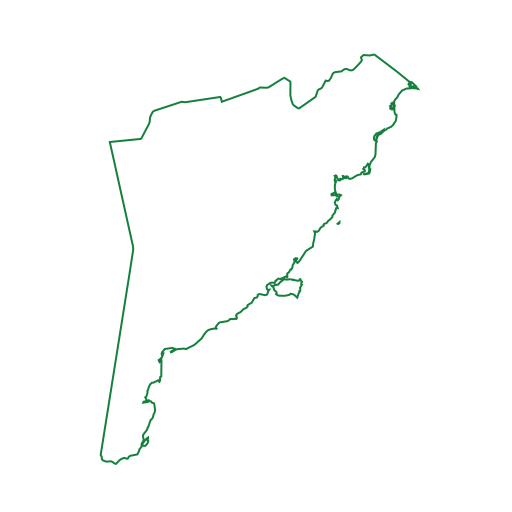 map outline of Sonora (Albers equal-area conic projection), rotated 258°
{"feature_id": "MEX-2712", "entity_name": "Sonora", "entity_type": "State", "adm_level": 1, "iso_a3": "MEX", "parent_name": "Mexico", "parent_adm1": "", "projection": "albers", "projection_center": [-111.078, 29.368], "detail": "fine", "context": "isolated", "style": "outline", "palette": "green", "viewbox_px": 512, "rotation_deg": 258, "n_neighbors": 0, "source": "natural_earth", "source_scale": "10m", "svg_char_len": 6119}
<svg xmlns="http://www.w3.org/2000/svg" viewBox="0 0 512 512"><g transform="rotate(258 256 256)"><path d="M93.7,62.7L265.0,128.6L288.0,137.3L291.2,137.7L397.9,136.7L394.5,167.4L394.7,168.2L407.6,178.9L409.5,180.0L413.2,181.0L415.8,182.7L418.3,184.8L419.2,186.6L422.3,215.3L421.1,218.8L419.0,254.1L417.7,254.5L414.0,254.6L419.1,292.5L420.0,294.9L418.3,301.6L418.3,303.2L423.8,318.3L424.4,320.8L419.8,325.5L419.1,325.9L406.1,323.0L401.0,323.0L396.8,323.6L395.9,324.0L392.9,326.7L391.9,327.7L391.4,328.8L399.3,347.4L405.2,350.9L405.8,351.9L406.4,354.6L407.1,355.7L413.1,360.6L412.3,362.1L412.3,363.9L414.7,366.4L418.3,368.9L418.9,369.7L419.4,371.8L418.8,377.8L420.1,380.8L420.4,382.6L419.9,383.9L418.1,386.5L417.7,388.0L417.8,389.4L419.2,392.0L424.2,399.1L425.6,400.3L428.5,400.0L430.2,402.9L428.5,409.0L428.5,413.0L428.2,413.9L406.8,432.4L394.5,442.3L394.1,443.3L393.1,441.4L391.5,440.5L392.3,441.7L390.0,441.4L388.5,443.2L388.0,443.3L387.8,442.4L388.5,438.1L387.5,433.3L384.2,429.0L381.8,427.2L380.2,424.8L378.5,423.3L375.3,422.6L374.9,422.1L375.5,422.0L377.8,422.7L377.5,421.6L377.1,421.4L377.4,420.8L377.1,420.1L375.3,420.0L374.8,418.4L373.5,419.3L373.2,418.2L372.3,417.9L371.1,419.4L371.0,420.1L372.7,420.6L372.9,421.0L372.6,421.8L374.3,422.5L374.2,423.0L372.2,422.1L368.2,421.4L365.8,421.6L365.0,422.2L364.9,422.8L363.3,422.5L359.2,420.9L355.7,417.3L354.3,415.1L353.4,410.8L352.6,409.5L351.6,406.7L349.3,403.1L349.5,402.5L351.6,405.7L352.7,406.5L351.3,403.1L350.8,399.3L348.9,396.9L347.2,395.9L345.4,395.7L344.2,396.4L342.9,398.0L341.3,396.7L330.5,394.0L327.9,392.6L324.2,388.1L321.7,386.3L320.8,385.8L318.9,385.3L317.7,385.4L317.6,384.8L322.3,385.2L323.0,384.6L320.5,382.0L320.0,381.2L320.3,380.1L319.6,379.8L318.9,379.0L317.2,380.3L316.1,380.0L315.7,376.5L314.1,375.6L314.0,371.8L311.9,365.9L311.9,363.9L312.4,362.9L314.5,362.2L315.1,361.4L315.0,360.4L314.3,360.2L313.6,360.7L313.2,361.4L313.6,359.4L313.9,358.9L315.9,358.3L316.2,357.6L314.3,357.5L313.4,357.0L313.2,356.1L313.9,354.7L313.1,354.5L312.6,354.1L312.5,353.4L312.8,352.6L313.5,353.3L313.8,353.0L314.0,351.8L317.6,351.4L318.3,350.8L318.0,349.6L316.9,350.1L313.8,348.7L312.4,348.8L313.1,349.5L312.8,349.8L312.0,349.6L309.5,348.1L305.6,347.1L301.8,347.1L299.8,347.6L299.8,347.2L302.0,346.3L301.4,344.9L301.0,342.9L300.3,342.5L299.7,342.6L299.4,343.2L299.2,345.9L297.5,348.0L298.3,347.9L298.8,348.1L299.0,348.7L298.8,350.3L297.8,351.8L296.1,349.3L294.6,348.9L293.5,347.6L295.0,346.8L292.9,344.8L291.7,344.1L289.4,344.6L288.4,345.8L285.9,345.9L286.5,344.9L286.0,344.2L285.2,343.8L284.7,343.8L283.9,342.9L282.3,342.5L279.7,339.2L278.0,338.7L277.4,337.4L276.4,336.3L275.4,334.0L273.6,332.0L273.2,329.3L272.7,328.6L271.5,328.5L270.3,325.1L267.9,322.9L267.2,321.9L266.9,320.6L267.7,319.2L268.0,318.1L266.1,318.5L260.0,316.3L256.6,314.6L253.4,313.6L250.6,306.0L242.1,297.5L240.6,295.3L240.8,294.9L241.4,294.9L243.5,293.8L244.5,295.5L245.0,295.8L245.3,295.5L245.6,294.3L244.9,292.5L241.9,292.5L239.6,290.1L236.3,288.8L236.0,287.6L235.3,287.3L235.4,286.7L233.4,285.0L232.3,282.9L229.0,282.3L228.8,281.9L229.8,281.0L228.8,277.4L228.7,275.9L228.0,275.7L229.2,273.5L229.1,272.9L228.5,271.6L227.6,270.6L227.8,270.0L225.9,268.7L226.6,266.2L226.8,264.7L225.3,260.9L224.0,259.9L221.3,259.9L220.4,260.5L220.3,262.0L219.0,260.6L216.1,259.0L215.7,257.0L218.0,251.7L218.0,250.3L217.5,249.5L216.4,249.3L215.2,248.2L215.2,245.7L211.3,242.2L209.8,237.8L209.3,237.2L208.4,237.3L207.4,235.9L206.6,232.7L204.4,229.3L203.4,225.7L202.8,224.8L201.9,224.2L201.5,224.5L200.7,224.1L199.6,224.5L198.7,224.0L198.5,223.2L199.1,222.1L198.9,221.0L199.7,217.7L198.2,214.9L198.6,207.1L198.1,205.5L195.7,202.6L194.7,201.9L193.8,201.8L193.3,202.3L193.0,201.9L193.7,200.7L193.8,196.3L193.4,193.8L192.6,192.1L190.3,189.2L186.6,185.6L181.8,177.1L180.1,170.3L179.4,168.3L180.4,166.4L181.2,160.2L181.1,158.1L179.5,153.7L179.5,152.8L180.0,152.7L180.3,153.3L181.6,157.3L182.0,157.5L183.5,155.0L184.0,147.3L182.9,146.3L181.8,144.5L180.4,143.5L178.9,143.4L179.0,143.9L180.4,144.7L180.2,145.2L176.3,142.9L175.7,141.5L175.0,140.8L174.4,139.1L172.2,139.6L172.8,140.6L174.6,141.7L173.9,141.9L157.9,138.3L157.4,137.0L154.1,136.3L153.0,135.3L153.4,135.0L154.3,135.2L154.8,134.7L153.5,129.6L153.6,127.7L152.4,125.7L149.6,123.6L147.3,122.5L146.4,121.6L144.9,121.5L141.2,119.4L140.8,118.3L137.9,119.1L136.9,118.1L136.8,115.7L136.0,115.2L135.7,119.9L136.0,120.4L136.8,120.3L137.2,121.1L136.6,121.4L135.7,122.4L135.5,123.2L134.3,123.6L133.0,125.7L126.2,125.3L123.7,124.1L122.5,123.0L119.6,121.6L117.7,119.7L117.6,118.9L112.2,115.6L111.4,115.4L110.7,114.3L109.0,113.6L104.5,108.4L103.5,108.0L99.2,107.9L96.1,105.1L93.2,104.4L91.2,101.8L89.5,101.0L86.6,98.7L86.7,91.2L85.9,89.7L84.5,88.5L84.5,87.5L85.7,85.7L85.9,84.4L85.4,82.0L84.6,80.0L81.8,75.9L82.0,75.1L85.0,72.1L85.5,70.8L85.8,67.6L86.3,66.2L88.1,63.6L89.2,63.0L91.9,63.3L93.7,62.7ZM223.1,294.4L221.2,295.7L220.3,294.7L219.3,294.6L218.5,295.0L218.1,294.1L217.3,294.0L215.7,292.4L215.0,292.6L212.8,292.0L212.8,291.2L211.3,290.9L211.2,290.3L208.4,288.7L207.7,288.0L207.1,288.1L206.6,287.7L209.7,285.6L210.9,284.2L211.9,281.8L211.1,280.6L211.0,278.1L211.2,275.4L212.3,270.6L213.2,268.9L214.6,267.7L215.4,268.5L216.6,268.5L218.7,266.8L222.0,266.5L223.2,265.3L223.9,265.0L223.0,266.4L223.2,267.4L223.9,268.4L223.4,270.1L223.7,270.8L223.4,271.7L225.4,274.3L227.5,278.9L226.5,281.0L226.4,283.0L225.7,286.1L224.8,287.0L225.1,287.8L224.2,289.0L223.0,292.1L223.2,293.4L223.8,293.7L224.2,294.4L223.7,294.7L223.1,294.4ZM94.1,105.4L95.7,105.8L97.9,108.0L100.0,110.7L100.8,112.6L99.5,112.3L98.7,111.3L97.5,112.2L95.1,110.8L93.3,108.3L94.1,105.4ZM389.1,447.6L389.3,443.3L389.8,442.7L390.9,442.7L392.7,443.4L393.1,444.8L389.1,447.6ZM313.2,383.7L313.2,379.7L313.8,377.6L313.5,380.0L313.8,382.8L314.8,384.0L317.2,384.8L317.0,385.7L314.1,384.6L313.2,383.7ZM343.8,397.7L345.3,397.9L347.1,398.7L348.6,399.8L349.7,401.7L349.3,401.7L348.0,400.0L346.8,399.0L343.8,397.7ZM385.7,449.3L386.9,446.8L387.3,445.1L387.7,445.3L387.9,446.0L387.4,447.4L386.2,449.1L385.7,449.3ZM270.9,344.5L270.2,343.1L270.6,342.6L271.8,344.7L270.9,344.5Z" fill="none" stroke="#15803d" stroke-width="2"/></g></svg>